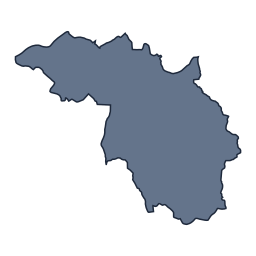 Cao Phong, Hòa Bình, Vietnam (Albers equal-area conic projection)
{"feature_id": "81297802B52142956360096", "entity_name": "Cao Phong", "entity_type": "district", "adm_level": 2, "iso_a3": "VNM", "parent_name": "Vietnam", "parent_adm1": "Hòa Bình", "projection": "albers", "projection_center": [105.324, 20.689], "detail": "fine", "context": "isolated", "style": "filled", "palette": "slate", "viewbox_px": 256, "rotation_deg": 0, "n_neighbors": 0, "source": "geoboundaries", "source_scale": "gbopen_adm2", "svg_char_len": 5722}
<svg xmlns="http://www.w3.org/2000/svg" viewBox="0 0 256 256"><path d="M95.4,40.9L93.5,42.3L92.7,42.7L91.1,41.0L90.3,40.3L89.1,39.9L86.1,39.1L84.5,38.2L83.9,38.0L80.4,37.2L79.1,37.2L77.1,37.4L75.1,37.8L74.5,37.8L73.8,37.5L72.6,36.8L71.2,35.7L69.0,33.8L68.6,32.2L68.2,31.8L67.7,31.7L66.9,31.8L65.3,32.6L63.6,33.9L57.8,38.1L54.1,41.4L50.6,45.6L49.8,46.3L48.6,46.8L47.4,47.0L46.5,47.1L43.7,46.8L42.0,46.4L39.8,45.5L38.4,45.2L37.3,45.2L35.4,45.3L32.7,45.9L31.3,46.4L28.4,47.8L27.1,48.7L25.8,49.6L21.7,53.2L19.2,54.8L15.5,56.7L15.4,59.7L16.0,62.4L16.6,63.2L18.0,64.1L21.8,65.9L23.3,66.2L25.4,65.9L27.1,66.1L28.8,66.3L30.2,67.1L32.5,69.1L33.4,69.6L35.3,67.6L35.9,67.3L38.2,67.3L39.0,67.4L40.0,67.9L40.9,68.7L41.7,69.2L43.0,70.9L43.3,72.1L43.8,72.9L47.7,76.4L50.4,78.6L52.2,80.4L54.1,81.9L54.5,82.5L54.6,83.1L54.1,84.5L53.5,85.4L50.7,88.8L50.1,90.5L50.0,91.5L51.1,92.4L56.9,93.9L58.5,94.7L59.7,95.6L60.1,96.3L61.2,98.6L61.1,99.8L61.3,100.6L61.9,100.9L64.5,100.7L65.1,100.2L65.3,99.8L65.5,99.3L65.5,98.2L65.8,97.9L66.1,98.0L67.6,99.2L68.7,101.1L69.0,101.0L71.2,99.5L71.7,99.3L72.4,99.4L75.9,101.6L76.9,102.0L78.5,101.7L83.3,99.7L88.5,93.9L93.7,98.6L95.2,101.1L96.4,101.4L97.3,104.4L110.5,105.0L110.4,110.2L110.3,111.7L109.9,113.2L109.4,115.5L108.5,117.2L107.3,118.6L106.7,120.2L106.1,121.4L105.3,127.0L104.8,129.4L104.8,132.6L104.4,135.1L103.3,138.1L102.3,140.2L101.6,142.1L101.1,143.9L101.3,145.3L101.6,145.9L102.6,147.5L103.5,149.2L103.6,149.6L105.3,154.7L105.3,156.6L105.9,158.3L105.7,161.4L106.1,164.2L106.2,164.4L106.3,164.4L106.7,162.7L107.2,161.5L107.6,161.1L108.1,160.8L110.8,160.5L112.4,159.3L114.4,159.2L115.2,159.0L116.5,158.5L117.6,157.9L118.1,157.8L120.2,158.1L121.6,159.2L122.4,159.5L123.3,159.8L124.9,159.9L125.3,160.0L126.2,161.0L127.4,162.5L127.5,168.2L130.3,170.2L132.1,172.1L133.0,173.0L133.1,173.4L132.7,176.0L133.0,176.7L133.0,177.4L132.9,178.9L132.7,179.7L134.9,183.2L137.3,188.1L138.7,188.5L139.2,188.8L139.6,190.2L140.0,190.8L141.3,191.9L141.7,192.8L141.8,194.0L142.1,194.9L143.8,197.8L144.9,199.2L145.1,199.7L145.5,201.6L145.4,204.0L146.0,206.9L146.3,208.0L147.5,210.9L148.1,211.9L148.4,212.2L149.2,212.2L153.5,211.6L152.9,206.0L153.0,205.6L155.2,206.4L156.2,206.2L157.1,205.7L158.6,203.8L159.0,203.6L159.4,203.7L160.2,203.9L162.2,205.1L162.9,205.1L163.9,204.7L164.6,204.6L165.4,204.8L166.2,205.4L167.8,207.0L170.4,208.9L171.1,209.6L172.5,210.9L173.4,212.2L173.6,212.7L173.6,216.3L173.7,217.0L174.1,217.4L176.6,218.3L178.0,218.9L178.8,219.1L180.2,218.7L182.5,222.9L183.2,223.5L184.1,223.9L186.2,224.3L186.9,224.3L189.2,223.6L190.8,222.8L192.7,221.4L193.9,220.2L195.0,218.9L195.5,218.5L196.1,218.4L196.8,218.4L198.0,218.6L199.5,219.1L204.7,220.1L206.5,220.3L207.9,220.2L208.2,219.9L210.2,216.8L211.3,215.3L212.8,214.1L213.8,213.5L215.1,212.2L216.3,210.5L217.3,208.7L217.5,208.5L218.4,208.5L220.9,209.0L222.1,209.1L224.6,208.9L225.2,208.6L225.9,208.5L226.0,207.8L225.8,207.0L225.3,206.1L225.0,205.0L224.8,201.2L224.6,200.7L224.1,200.2L223.0,200.1L222.4,199.9L222.0,199.5L221.7,199.0L221.6,198.5L221.8,198.1L222.7,197.3L221.9,196.4L221.7,195.9L221.8,195.3L221.7,194.0L220.8,193.2L220.7,192.9L221.2,191.1L222.3,188.6L222.5,187.6L222.6,186.7L222.6,185.3L222.4,184.3L221.6,182.9L221.6,181.6L221.1,180.9L220.9,180.4L220.9,179.9L221.7,170.4L221.9,170.1L222.8,169.2L224.6,167.9L224.9,166.2L224.5,164.7L224.5,164.1L224.6,163.3L225.3,161.6L225.9,160.6L229.6,160.6L230.6,160.4L232.3,159.6L233.1,159.5L233.5,159.3L234.8,158.2L236.6,157.2L237.0,156.9L236.9,155.0L237.1,154.5L240.2,152.9L240.5,152.7L240.6,152.3L240.6,150.4L240.5,150.1L240.1,149.2L238.6,148.0L238.2,147.5L237.8,146.1L237.7,144.9L237.1,143.2L237.3,142.3L237.4,141.6L237.3,140.7L237.3,139.9L238.4,138.2L238.2,137.0L238.1,136.8L236.5,135.3L235.6,134.6L233.1,134.5L232.3,134.2L231.4,133.6L229.0,131.7L227.9,131.3L226.9,130.6L226.0,129.0L225.9,128.3L226.2,125.5L227.5,122.1L227.6,121.4L227.3,119.6L227.3,119.0L227.6,118.3L228.6,116.5L228.5,116.2L225.8,115.3L224.1,115.0L223.3,114.7L222.9,114.2L222.6,113.5L222.3,112.3L221.3,110.6L221.3,109.8L221.3,108.7L221.1,107.8L220.7,107.2L220.2,106.6L218.8,105.7L218.7,105.5L218.4,104.2L217.8,103.2L217.1,102.6L216.3,102.1L215.6,101.4L215.0,101.1L214.1,101.0L211.6,100.2L210.7,99.5L209.7,98.2L209.6,97.4L209.3,96.9L207.3,95.8L206.2,94.8L203.5,93.4L202.5,92.5L202.3,92.2L202.8,91.9L202.7,91.4L201.7,90.4L201.6,89.4L201.1,88.6L199.8,87.7L199.7,87.5L199.7,87.2L199.2,86.9L198.1,87.0L197.7,86.8L196.3,84.7L195.4,83.9L194.3,83.4L193.7,82.6L193.6,81.1L193.7,79.9L193.8,79.7L198.8,79.2L199.0,78.3L199.3,77.6L199.9,76.8L200.7,75.0L200.5,74.0L200.0,72.9L200.0,72.4L200.2,71.5L200.1,71.0L199.7,69.9L199.5,68.3L198.2,64.0L197.8,60.8L197.8,58.8L198.3,56.8L196.9,57.2L193.7,57.4L192.3,58.8L191.0,60.9L189.7,63.8L189.1,64.5L188.4,65.0L187.1,65.7L181.8,70.5L180.4,71.4L177.5,72.6L173.3,73.6L171.7,73.4L169.6,72.5L167.9,72.1L165.0,70.9L163.6,69.8L162.9,68.7L162.5,67.2L162.1,66.4L161.8,66.0L161.7,65.4L161.0,64.6L160.9,64.3L161.0,63.1L160.7,62.4L161.1,61.3L160.8,60.5L160.1,59.4L159.9,58.8L159.8,58.2L161.5,56.7L161.1,55.8L160.8,55.5L160.3,55.5L159.8,55.7L158.9,56.3L158.7,56.3L158.3,56.1L157.8,54.8L157.3,54.4L156.8,54.2L155.8,55.0L154.9,55.4L153.7,55.6L152.4,55.2L151.2,54.5L150.3,53.8L149.4,48.4L148.7,45.8L148.3,45.3L146.4,44.0L145.8,43.7L145.0,43.7L144.4,43.9L143.9,44.5L143.0,47.9L142.0,49.6L141.5,49.8L139.8,49.6L136.9,49.7L132.4,49.5L132.1,47.1L131.8,42.6L131.3,41.8L128.9,39.4L127.1,35.5L125.8,34.4L125.2,33.3L121.1,37.1L120.3,37.4L120.1,37.3L118.9,36.5L118.5,36.4L117.9,36.5L117.0,36.9L116.0,37.7L114.3,39.3L112.3,40.3L111.7,41.0L108.7,42.4L106.5,43.0L105.0,44.0L100.2,46.6L100.0,47.1L99.8,48.1L98.8,47.6L98.4,47.2L96.8,45.4L95.5,44.2L94.7,43.8L95.2,42.3L95.4,40.9Z" fill="#64748b" stroke="#1e293b" stroke-width="1.5"/></svg>